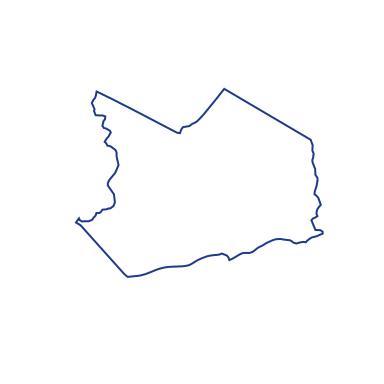 the district of Coruripe, Alagoas, Brazil, rotated 31°
{"feature_id": "56859067B77364556479199", "entity_name": "Coruripe", "entity_type": "district", "adm_level": 2, "iso_a3": "BRA", "parent_name": "Brazil", "parent_adm1": "Alagoas", "projection": "albers", "projection_center": [-36.219, -10.099], "detail": "fine", "context": "isolated", "style": "outline", "palette": "blue", "viewbox_px": 384, "rotation_deg": 31, "n_neighbors": 0, "source": "geoboundaries", "source_scale": "gbopen_adm2", "svg_char_len": 2457}
<svg xmlns="http://www.w3.org/2000/svg" viewBox="0 0 384 384"><g transform="rotate(31 192 192)"><path d="M325.5,160.4L324.3,158.7L321.7,158.6L317.4,161.0L308.9,154.7L309.4,152.4L310.8,150.4L311.9,148.0L310.1,146.8L309.0,144.8L308.3,141.9L308.6,139.3L309.0,136.7L305.3,133.6L303.4,132.1L300.6,131.0L298.2,130.9L296.9,128.2L295.7,122.7L294.6,119.9L293.4,116.9L292.0,115.1L288.9,113.7L285.7,108.8L283.9,107.5L279.9,104.3L278.7,102.7L278.2,100.3L276.5,96.5L273.8,94.4L272.4,91.8L271.2,89.6L268.6,87.6L266.8,86.1L166.5,87.0L165.0,99.0L163.8,107.4L162.1,119.1L160.9,125.1L160.0,128.6L158.8,131.1L157.0,133.7L155.8,136.8L152.7,139.5L150.9,141.0L150.6,144.0L151.4,147.7L148.6,148.9L113.0,151.0L98.8,151.9L81.2,153.1L77.9,153.3L58.5,155.0L59.9,158.9L60.5,161.2L60.0,163.6L60.3,167.3L65.8,171.2L66.3,173.0L68.2,174.5L69.8,175.8L73.2,174.1L76.0,172.4L78.8,171.9L80.0,174.6L79.6,176.6L81.1,181.4L83.5,182.5L86.0,181.8L90.1,181.8L91.7,182.8L91.9,187.7L91.4,189.7L91.3,194.0L93.3,194.4L95.6,195.8L98.2,194.9L100.4,194.9L105.0,195.5L107.3,197.3L108.5,199.6L110.5,201.9L115.2,206.8L116.3,215.2L114.9,224.6L115.3,227.7L116.4,229.7L126.3,234.2L131.2,240.5L131.9,244.5L130.4,248.1L128.8,249.3L127.5,251.0L124.3,253.3L124.2,255.9L123.3,257.8L120.9,259.3L121.5,261.9L120.9,264.5L120.7,267.3L118.5,270.3L114.5,272.7L112.7,274.0L110.2,273.9L108.7,272.8L108.5,274.9L108.3,277.9L113.6,277.9L173.9,296.5L177.0,297.4L180.6,297.9L184.3,295.1L186.3,293.6L188.1,292.3L189.6,291.1L191.3,289.6L192.7,288.1L194.2,286.6L195.7,284.7L197.1,282.9L199.0,280.4L200.7,278.1L202.2,276.2L203.8,274.4L205.5,272.6L207.2,271.0L208.7,269.7L210.5,268.3L212.7,266.8L215.0,265.2L217.0,264.0L218.7,262.8L220.9,261.4L223.6,259.5L225.4,257.9L227.2,256.2L228.7,253.7L230.0,251.3L231.0,249.2L232.2,247.2L233.4,245.3L234.6,243.7L236.3,241.5L237.4,240.1L239.0,238.4L240.9,236.7L243.2,234.9L245.5,233.3L247.8,231.4L249.2,229.4L251.7,229.0L254.7,228.5L257.1,229.4L259.1,231.1L260.6,229.0L261.5,227.4L262.7,225.4L263.7,223.4L265.0,221.0L266.3,219.1L267.5,217.7L269.8,216.3L272.5,214.8L274.6,212.4L276.0,209.3L277.0,206.3L278.4,203.9L279.6,202.3L280.6,200.3L281.5,198.5L282.6,196.7L284.1,194.5L285.2,192.9L286.5,191.2L287.8,189.7L289.9,188.1L292.1,186.7L294.7,185.7L296.7,184.8L298.3,184.1L300.6,183.0L302.4,182.8L305.2,183.2L308.1,182.3L310.1,180.1L312.8,177.6L315.4,176.5L316.0,173.9L317.1,171.2L318.3,169.0L320.3,167.1L322.0,165.3L323.7,162.7L325.5,160.4Z" fill="none" stroke="#1e3a8a" stroke-width="2"/></g></svg>